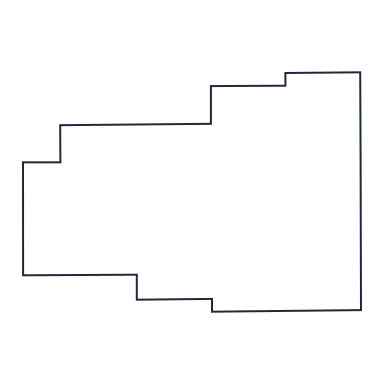 outline of Allen, Ohio, United States of America
{"feature_id": "52423323B40875098856035", "entity_name": "Allen", "entity_type": "district", "adm_level": 2, "iso_a3": "USA", "parent_name": "United States of America", "parent_adm1": "Ohio", "projection": "orthographic", "projection_center": [-84.117, 40.782], "detail": "fine", "context": "isolated", "style": "outline", "palette": "slate", "viewbox_px": 384, "rotation_deg": 0, "n_neighbors": 0, "source": "geoboundaries", "source_scale": "gbopen_adm2", "svg_char_len": 310}
<svg xmlns="http://www.w3.org/2000/svg" viewBox="0 0 384 384"><path d="M360.2,72.3L285.4,73.0L285.4,85.7L210.9,86.1L210.9,123.8L60.2,125.2L60.4,162.3L23.0,162.3L23.1,275.3L136.8,274.7L136.8,299.7L212.0,298.9L212.0,311.7L361.0,310.1L360.6,159.0L360.2,72.3Z" fill="none" stroke="#1e293b" stroke-width="2"/></svg>